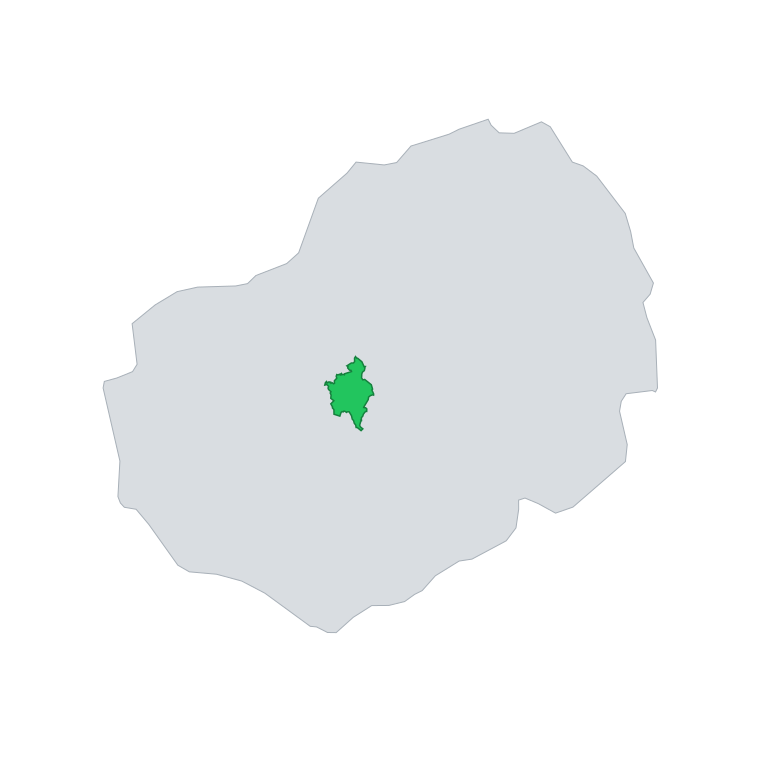 location of Gradsko, Gradsko, North Macedonia, rotated 164°
{"feature_id": "65306769B37555850097023", "entity_name": "Gradsko", "entity_type": "district", "adm_level": 2, "iso_a3": "MKD", "parent_name": "North Macedonia", "parent_adm1": "Gradsko", "projection": "albers", "projection_center": [21.883, 41.613], "detail": "fine", "context": "in_parent", "style": "filled", "palette": "green", "viewbox_px": 768, "rotation_deg": 164, "n_neighbors": 0, "source": "geoboundaries", "source_scale": "gbopen_adm2", "svg_char_len": 2488}
<svg xmlns="http://www.w3.org/2000/svg" viewBox="0 0 768 768"><g transform="rotate(164 384 384)"><path d="M348.2,191.5L360.6,193.1L387.5,185.5L404.2,174.9L412.7,173.3L424.1,169.2L440.4,169.8L456.9,174.4L477.9,168.2L498.5,158.2L506.8,160.7L515.8,169.1L521.7,171.4L556.2,215.8L575.1,233.8L597.4,247.3L622.9,257.1L632.1,266.6L648.8,313.9L656.8,331.9L667.6,337.1L670.2,342.3L670.8,349.1L659.1,382.7L655.1,457.6L652.1,463.6L639.3,463.4L622.3,465.2L615.9,471.0L609.5,511.4L582.2,523.1L557.4,529.8L536.4,528.5L499.5,519.1L487.5,518.1L477.2,523.6L444.3,526.6L429.9,533.6L395.9,580.7L361.4,596.9L349.7,605.0L323.4,594.5L310.8,593.4L292.5,605.3L252.5,606.2L241.7,608.2L210.9,609.8L209.7,603.3L204.1,593.7L189.8,589.1L160.4,592.6L153.3,585.5L141.8,545.4L132.5,538.8L122.2,525.2L105.1,481.5L104.9,462.5L106.4,445.9L97.2,406.8L103.4,397.0L112.6,391.0L113.0,375.3L110.8,351.4L122.2,304.8L125.2,301.5L127.9,303.8L153.9,307.9L160.7,302.0L165.1,292.9L166.9,258.7L173.3,242.9L236.3,213.6L254.7,212.6L268.8,226.6L279.9,235.5L286.6,235.3L289.1,226.4L296.8,209.3L309.7,199.6L347.8,191.4L348.2,191.5Z" fill="#d9dde1" stroke="#a8b0b8" stroke-width="1"/><path d="M396.4,382.2L396.4,386.8L401.3,393.7L403.2,393.8L403.9,396.0L402.5,400.0L401.2,401.5L399.2,402.3L397.8,404.9L398.1,405.5L397.3,406.0L398.4,406.4L399.1,411.4L402.3,416.1L403.2,416.4L403.8,418.2L405.2,417.0L406.1,413.6L407.6,412.6L409.6,413.2L414.7,411.7L413.8,410.6L414.5,409.5L413.3,406.8L411.9,406.2L411.8,404.9L419.0,404.7L419.6,403.8L420.5,404.5L421.9,404.5L422.0,405.6L423.2,404.6L423.9,405.1L423.6,405.6L425.9,405.5L426.8,406.1L427.8,404.6L427.8,402.6L430.8,400.8L431.4,398.3L432.4,398.1L433.4,399.4L434.7,399.3L434.6,400.2L435.3,400.2L435.3,400.8L436.6,401.2L438.5,400.7L438.6,402.2L439.9,401.5L441.2,399.3L439.1,399.2L437.9,397.1L438.9,395.5L438.8,394.0L437.1,391.1L438.2,390.2L437.9,388.0L439.1,384.9L436.8,381.7L440.6,379.6L439.8,376.1L440.2,375.3L439.2,373.2L440.4,368.7L435.3,365.3L433.1,368.5L431.9,369.1L431.0,368.4L430.0,369.0L429.2,368.6L427.8,367.0L427.2,367.4L425.2,367.0L424.0,362.4L424.2,358.9L423.3,357.2L423.4,354.5L422.5,352.3L422.8,349.9L421.7,349.5L418.9,345.5L416.7,346.7L418.5,349.3L418.8,351.1L416.5,354.7L415.8,354.9L416.2,355.8L415.5,356.1L415.0,357.9L413.4,358.8L412.1,360.7L410.4,362.0L409.1,362.7L408.2,362.4L407.4,364.8L408.2,366.2L410.0,367.0L409.8,367.4L403.5,373.3L402.4,375.7L400.2,376.6L397.8,376.7L397.1,376.2L396.7,377.2L397.3,381.6L396.4,382.2Z" fill="#22c55e" stroke="#15803d" stroke-width="1.5"/></g></svg>